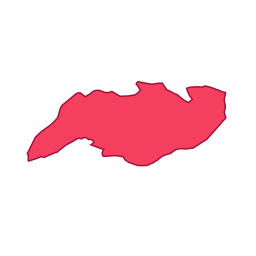 the district of Sumail, Dihok, Iraq, rotated 139°
{"feature_id": "34846034B96469488868689", "entity_name": "Sumail", "entity_type": "district", "adm_level": 2, "iso_a3": "IRQ", "parent_name": "Iraq", "parent_adm1": "Dihok", "projection": "robinson", "projection_center": [42.773, 36.911], "detail": "fine", "context": "isolated", "style": "filled", "palette": "rose", "viewbox_px": 256, "rotation_deg": 139, "n_neighbors": 0, "source": "geoboundaries", "source_scale": "gbopen_adm2", "svg_char_len": 2274}
<svg xmlns="http://www.w3.org/2000/svg" viewBox="0 0 256 256"><g transform="rotate(139 128 128)"><path d="M224.8,168.4L221.1,166.7L216.3,164.7L214.0,164.0L212.2,163.3L211.3,161.9L210.6,160.9L209.2,160.4L202.2,158.2L198.5,157.0L197.7,156.3L197.2,156.3L195.9,156.3L195.4,156.3L185.7,155.8L179.1,154.2L174.2,153.4L172.7,152.9L171.3,152.3L171.0,151.3L170.4,150.6L169.8,150.1L169.3,150.1L168.9,150.1L168.4,150.1L167.3,149.3L166.4,148.9L166.0,148.1L165.8,147.4L165.6,146.3L165.0,144.8L164.1,144.1L162.7,142.2L162.7,139.8L165.2,139.5L165.4,139.5L165.7,139.5L166.5,139.6L167.0,139.7L166.0,137.6L164.0,134.2L162.0,130.2L160.3,128.0L162.3,127.1L163.6,126.3L164.3,125.4L165.1,124.1L165.0,122.5L158.5,117.7L156.6,116.2L154.3,114.1L152.6,111.9L150.5,109.5L151.1,105.7L150.5,103.5L149.9,101.3L148.4,98.9L146.0,94.6L144.7,92.7L144.4,92.5L141.4,89.8L138.3,87.4L137.2,86.9L131.2,85.2L127.4,84.6L122.3,84.3L120.0,84.1L116.6,82.8L112.5,80.9L107.5,80.5L104.8,79.8L102.1,78.1L97.6,73.8L93.5,71.3L91.9,70.1L88.1,69.6L83.1,68.9L77.4,68.0L76.2,67.7L68.9,68.7L57.7,70.1L52.8,70.9L50.2,71.1L47.5,71.4L46.8,73.3L45.2,76.4L44.1,77.4L42.1,78.8L40.0,80.9L39.3,82.1L37.7,85.2L36.3,86.5L34.4,88.2L32.7,89.4L31.2,90.8L33.0,93.4L34.6,96.6L36.0,99.2L39.0,104.6L42.2,109.1L45.8,110.6L48.1,113.2L54.5,118.2L57.7,119.5L59.0,116.7L60.4,111.7L60.6,107.4L65.4,107.6L66.1,108.3L67.5,112.6L67.9,114.5L68.4,117.3L68.9,120.7L70.2,123.1L72.1,128.1L73.6,131.3L72.8,139.5L76.4,142.3L81.0,145.1L84.8,149.6L86.2,151.5L86.6,151.9L87.5,153.0L89.6,156.0L90.4,156.4L90.5,156.5L90.9,156.4L91.9,156.3L93.0,155.8L93.0,154.3L93.3,151.3L93.9,148.3L98.8,148.1L99.2,148.1L99.3,148.1L100.8,148.5L101.7,148.7L104.2,150.4L105.8,151.3L108.7,153.5L113.3,157.3L114.8,162.0L114.9,162.3L116.2,166.2L116.5,166.4L118.3,166.8L119.7,167.9L121.3,169.0L122.2,170.2L124.9,175.2L126.9,176.9L129.4,178.4L132.9,178.6L133.4,178.6L134.1,178.6L134.6,178.6L137.0,179.3L137.5,179.3L139.1,179.3L139.5,179.3L140.3,182.3L140.8,185.5L142.6,187.3L144.7,187.9L153.2,188.1L153.7,188.1L162.6,188.3L163.1,188.3L165.6,187.5L174.3,181.9L180.6,181.2L181.1,181.2L185.8,181.2L186.3,181.2L194.7,182.1L194.9,182.1L195.2,182.1L201.8,181.9L204.1,181.7L218.6,175.6L220.7,174.8L221.3,172.6L224.1,169.6L224.8,168.4Z" fill="#f43f5e" stroke="#9f1239" stroke-width="1.5"/></g></svg>